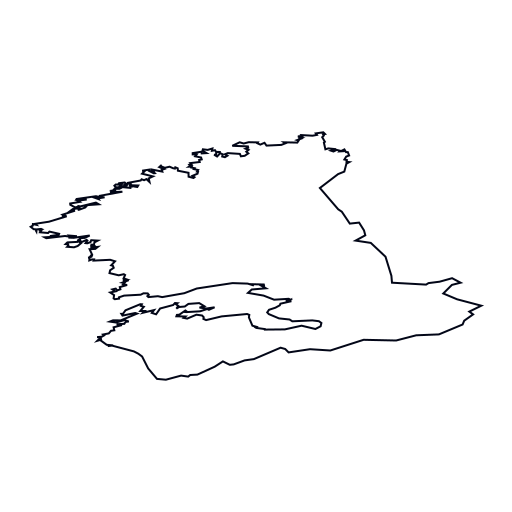 outline of Fræna nor, Møre og Romsdal, Norway
{"feature_id": "86288312B12375056094040", "entity_name": "Fræna nor", "entity_type": "district", "adm_level": 2, "iso_a3": "NOR", "parent_name": "Norway", "parent_adm1": "Møre og Romsdal", "projection": "equal_earth", "projection_center": [7.135, 62.879], "detail": "fine", "context": "isolated", "style": "outline", "palette": "ink", "viewbox_px": 512, "rotation_deg": 0, "n_neighbors": 0, "source": "geoboundaries", "source_scale": "gbopen_adm2", "svg_char_len": 6016}
<svg xmlns="http://www.w3.org/2000/svg" viewBox="0 0 512 512"><path d="M349.1,155.5L347.8,152.1L346.0,152.1L344.4,149.4L341.8,150.7L344.6,151.1L339.7,151.4L340.3,150.8L336.7,149.9L333.5,151.5L331.1,150.7L336.1,149.2L328.3,148.4L325.4,149.3L323.9,142.6L324.9,141.8L322.2,137.2L323.8,135.6L323.1,134.4L325.0,134.0L323.3,132.3L315.8,133.4L316.9,134.9L312.6,135.7L301.6,135.1L302.2,135.9L297.9,136.4L301.8,137.6L298.5,138.4L300.4,138.9L297.1,140.1L298.6,140.6L297.3,142.6L283.9,142.3L285.4,143.3L281.3,144.9L266.5,145.6L264.5,142.8L260.3,144.6L257.3,143.2L257.8,142.4L248.7,142.2L243.7,143.5L239.7,142.3L232.3,145.8L247.9,146.4L248.2,147.7L245.6,148.7L248.5,149.9L246.3,151.7L248.3,153.4L244.7,155.8L240.9,156.3L239.9,153.9L227.8,153.1L224.8,154.3L227.4,155.7L224.9,157.2L222.2,156.5L222.7,154.3L220.2,153.2L217.1,156.5L214.1,154.7L216.1,154.8L216.2,152.2L220.8,152.0L216.1,151.9L215.0,150.2L211.9,150.8L212.4,148.5L207.7,149.9L202.9,149.3L202.5,150.7L206.5,153.1L201.7,153.4L201.6,151.7L192.7,153.1L192.7,154.4L196.6,154.5L195.2,156.3L201.1,157.5L201.7,159.4L199.1,160.0L199.7,162.0L190.3,163.1L191.5,164.6L189.4,164.8L190.2,165.8L188.9,166.7L191.7,166.6L191.3,167.5L194.6,168.2L193.9,169.1L198.1,170.0L197.0,171.6L198.0,171.8L197.5,173.7L192.5,175.8L194.5,177.2L193.5,178.0L188.6,176.7L188.5,172.8L177.9,170.7L177.7,168.3L175.3,167.3L174.9,168.6L173.0,168.2L169.6,166.7L164.9,167.8L161.5,166.5L160.4,164.8L160.9,166.0L159.3,167.1L164.0,169.1L161.7,169.9L162.3,171.6L150.7,169.3L153.1,170.3L153.7,171.3L152.7,171.3L154.7,173.2L153.8,173.3L148.9,170.8L149.3,169.6L142.2,170.7L144.6,171.2L142.1,173.7L152.9,176.4L148.7,178.4L149.5,182.0L146.4,179.1L144.1,180.2L141.6,179.3L140.7,180.5L127.1,183.0L130.7,184.2L130.1,185.2L138.2,185.5L137.3,187.0L135.4,186.7L135.9,185.9L130.2,186.9L130.3,187.9L123.2,187.2L123.0,186.3L127.7,185.2L123.4,185.0L126.7,184.2L124.7,182.5L119.0,183.2L118.1,184.4L122.5,184.8L115.8,184.5L114.4,185.7L115.4,187.1L119.8,187.6L119.2,186.8L121.5,185.3L121.1,186.3L122.5,186.3L122.0,187.4L119.4,188.8L114.6,188.8L113.7,189.7L116.1,190.1L111.8,190.7L112.8,191.4L110.0,192.2L122.4,191.7L99.8,195.8L99.9,197.3L104.6,197.3L98.0,198.4L98.5,199.1L95.1,197.9L98.9,196.9L96.0,196.2L76.6,199.0L76.2,199.7L80.5,199.3L86.7,199.5L77.7,200.7L79.7,201.9L70.2,203.5L70.3,204.8L75.2,207.4L78.5,206.6L77.5,205.9L80.4,206.4L95.9,202.6L98.8,204.3L85.1,205.3L83.7,206.1L86.6,206.0L85.2,207.5L79.2,209.7L77.8,209.9L80.5,208.1L72.9,209.0L70.2,211.0L75.0,210.7L62.8,214.6L64.3,215.3L62.0,216.1L66.7,216.3L49.0,221.7L35.3,223.8L36.3,224.8L32.9,224.1L32.8,225.6L30.7,226.8L33.7,229.2L36.5,229.4L36.0,230.8L36.4,231.5L36.6,229.4L41.0,228.9L41.9,229.3L38.8,230.5L41.3,230.5L40.1,232.3L48.1,233.0L49.4,231.6L59.1,233.8L58.7,234.8L51.1,235.9L51.7,236.9L44.6,237.3L46.3,238.2L65.0,236.0L71.2,236.8L69.7,235.6L76.9,236.2L68.4,237.6L73.7,237.8L89.7,235.5L84.8,237.9L79.6,238.1L80.2,239.8L78.3,239.9L77.4,241.9L67.4,242.4L65.6,244.1L69.0,244.5L67.6,244.8L68.4,245.8L67.3,246.8L74.0,247.3L77.7,246.0L81.0,243.2L78.6,241.4L82.0,241.9L86.6,239.9L87.4,240.6L85.6,243.1L87.3,243.3L90.5,242.1L91.2,240.2L97.8,240.6L94.4,242.4L94.0,244.7L93.1,244.7L94.6,245.9L91.2,245.5L91.3,247.8L97.8,246.9L95.3,248.9L89.6,249.2L92.0,254.4L90.9,255.7L91.9,255.7L91.5,256.7L88.2,257.7L89.6,257.9L89.3,260.4L92.1,259.4L94.0,259.4L93.6,260.6L110.2,259.8L115.0,261.3L111.2,265.3L112.9,265.8L113.7,267.8L110.1,270.3L109.5,273.1L118.7,275.3L123.8,274.2L125.1,275.0L123.6,278.3L127.0,279.5L122.8,280.3L128.7,280.2L122.4,282.6L124.4,283.0L123.2,284.3L127.1,285.0L119.8,287.1L120.4,289.3L117.2,290.4L115.7,288.6L112.4,289.4L115.3,291.4L110.2,292.5L114.1,295.1L113.6,298.4L114.8,299.2L119.1,298.6L119.0,297.3L124.1,295.6L140.7,294.7L143.5,293.3L147.7,293.4L148.8,294.8L147.4,296.1L148.4,297.1L157.9,296.2L162.2,297.1L184.3,293.2L196.8,288.5L232.5,283.1L247.7,283.6L253.8,285.5L252.1,284.2L263.8,284.5L264.0,285.5L261.3,285.7L265.9,288.3L251.8,289.5L248.0,292.9L263.6,295.6L274.1,299.7L288.7,298.8L290.1,299.5L286.6,300.3L286.7,301.5L290.3,299.9L289.5,301.3L291.4,301.2L280.4,303.7L279.8,305.3L275.4,307.7L269.0,309.8L267.2,312.4L268.8,314.1L279.0,318.4L289.6,319.5L292.3,321.3L312.3,320.4L318.9,321.2L321.4,323.0L320.6,326.3L315.4,329.0L301.6,325.7L284.8,329.4L263.9,329.6L265.7,329.2L256.3,327.9L255.5,327.4L256.4,326.8L252.4,325.7L248.9,317.4L249.3,314.9L247.1,314.0L221.6,316.4L206.1,320.1L203.4,318.9L203.7,317.2L202.1,315.5L196.4,314.7L187.2,318.6L183.7,317.9L185.4,316.5L176.4,316.3L176.9,314.9L179.3,314.7L185.4,310.5L186.2,311.1L185.2,312.0L186.4,312.1L200.1,311.3L207.2,309.0L208.9,309.8L214.6,307.3L206.5,308.5L199.5,307.6L204.3,306.2L199.2,303.1L188.4,303.9L184.8,306.5L179.1,307.0L176.4,308.6L178.3,305.9L175.9,304.2L177.3,303.2L175.0,303.0L173.2,305.0L160.1,308.5L156.1,314.3L151.8,312.9L154.0,310.1L142.8,312.8L144.6,311.0L140.3,311.0L143.8,306.8L140.9,305.9L141.8,304.3L140.3,304.2L125.5,310.3L122.9,313.9L121.4,313.9L122.5,315.6L135.2,313.0L137.1,313.6L120.7,320.4L113.1,320.3L109.8,321.6L116.0,322.5L124.4,320.1L128.8,321.5L126.0,321.8L124.2,323.6L125.1,323.8L116.6,324.2L121.9,325.1L113.6,327.3L114.3,330.3L111.0,330.8L108.8,333.4L103.1,334.5L104.1,335.4L101.8,336.7L97.1,337.1L100.7,337.5L101.0,339.2L98.7,339.4L97.3,340.8L100.1,340.0L106.7,344.8L109.9,345.1L107.8,346.1L112.0,345.6L133.9,351.4L138.3,353.7L142.1,356.5L148.2,368.5L157.0,378.9L165.9,379.7L181.1,375.6L188.2,376.6L190.2,375.0L197.4,374.6L214.7,366.7L222.9,361.4L229.8,364.8L233.7,364.4L244.6,360.4L253.9,359.1L280.6,347.7L285.2,349.0L288.6,352.4L310.0,349.2L330.3,350.5L363.6,339.8L396.1,340.5L416.2,335.3L438.9,334.4L462.6,324.5L464.2,320.7L473.1,314.4L469.3,311.6L481.3,305.7L457.1,299.3L443.3,293.5L451.9,284.9L460.6,282.7L452.1,278.2L439.6,281.7L428.5,283.1L426.1,284.6L392.0,282.7L391.4,275.8L385.5,256.7L370.8,242.9L355.6,240.6L365.3,235.3L364.0,230.4L359.1,222.6L349.8,223.6L341.8,211.7L338.2,209.3L319.9,188.0L338.1,174.1L344.3,171.6L346.4,163.7L349.3,162.1L346.5,161.8L346.9,160.1L344.4,159.5L346.2,156.6L349.1,155.5Z" fill="none" stroke="#020617" stroke-width="2"/></svg>